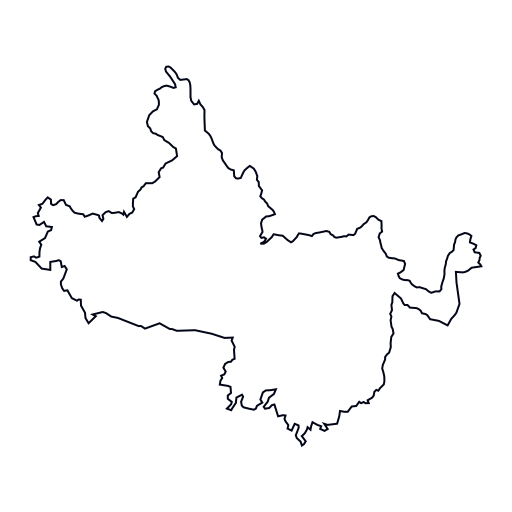 outline of São Luiz Gonzaga, Rio Grande do Sul, Brazil
{"feature_id": "56859067B99298801417178", "entity_name": "São Luiz Gonzaga", "entity_type": "district", "adm_level": 2, "iso_a3": "BRA", "parent_name": "Brazil", "parent_adm1": "Rio Grande do Sul", "projection": "mercator", "projection_center": [-54.867, -28.39], "detail": "fine", "context": "isolated", "style": "outline", "palette": "ink", "viewbox_px": 512, "rotation_deg": 0, "n_neighbors": 0, "source": "geoboundaries", "source_scale": "gbopen_adm2", "svg_char_len": 6025}
<svg xmlns="http://www.w3.org/2000/svg" viewBox="0 0 512 512"><path d="M351.7,406.5L356.2,406.0L359.2,401.8L361.1,403.2L363.6,402.0L365.4,403.2L368.7,403.1L367.6,400.3L372.1,397.7L373.7,395.6L374.4,391.8L376.3,389.9L378.3,390.7L380.1,388.1L383.8,384.4L384.4,381.3L384.3,376.5L383.3,372.0L382.2,368.5L382.8,365.0L385.1,359.5L385.1,357.1L386.9,354.5L389.1,352.7L390.8,347.1L390.6,343.2L391.3,336.9L393.5,333.5L392.7,329.0L391.5,326.7L390.6,320.2L391.4,316.5L390.2,313.9L392.0,310.1L391.4,305.0L392.3,302.4L392.5,296.2L394.6,293.0L401.0,298.5L403.3,303.4L404.6,305.0L407.5,305.0L409.9,307.6L416.5,308.1L418.7,309.1L420.6,310.6L422.0,313.3L425.5,314.0L427.3,315.2L430.1,319.2L438.9,320.9L447.6,325.4L451.3,318.8L454.7,315.1L456.4,312.7L459.5,303.9L456.5,282.5L455.9,271.9L462.8,272.4L465.0,272.0L468.0,270.7L471.7,267.7L481.3,266.3L480.3,264.4L478.3,262.6L479.5,259.9L479.7,257.7L480.7,255.8L479.3,252.9L474.7,252.3L473.5,249.5L475.6,248.1L476.3,245.2L473.3,243.7L469.9,242.4L470.3,239.5L471.4,236.0L469.7,234.6L467.5,233.5L464.6,233.0L461.5,234.3L458.4,235.4L456.5,237.3L455.5,239.4L455.0,242.4L454.1,244.4L453.6,250.0L452.1,251.6L449.7,253.1L447.9,255.9L447.0,259.0L446.0,261.4L445.9,263.7L444.6,268.6L444.4,271.5L444.5,274.0L444.1,276.6L443.7,278.7L442.6,281.7L441.2,286.7L441.4,289.1L439.6,291.4L435.5,291.4L431.3,292.8L428.6,291.4L426.0,289.2L419.6,287.2L416.7,287.4L414.4,286.2L412.0,284.4L410.7,282.7L409.7,280.8L407.5,280.1L405.0,280.1L402.3,279.5L399.7,278.1L398.5,275.7L397.9,273.6L400.5,272.4L403.6,270.0L405.1,263.9L403.9,261.0L398.8,260.1L394.7,258.4L392.7,258.3L388.6,257.7L386.8,256.4L385.8,253.8L383.7,251.1L381.7,248.1L381.1,245.2L380.5,243.1L379.9,240.0L378.6,237.3L379.7,233.5L382.1,231.6L381.5,228.4L381.6,225.0L381.4,221.1L378.4,219.7L375.9,217.2L373.6,216.0L371.2,216.3L369.4,217.4L367.9,220.2L366.4,222.3L363.6,224.2L361.7,226.4L359.9,227.8L357.2,228.8L355.1,233.8L353.5,235.1L348.7,234.6L346.4,236.4L343.9,236.2L341.9,236.8L336.2,237.7L334.4,237.0L333.1,235.4L330.7,234.2L329.3,231.9L326.4,231.0L318.9,232.6L316.0,233.0L313.5,234.0L311.9,236.1L308.9,235.1L301.0,233.6L299.0,233.4L297.8,235.1L296.7,237.1L292.8,241.3L291.0,242.3L287.5,240.0L282.7,235.7L278.2,235.2L275.7,234.6L273.6,234.3L271.8,237.1L266.6,242.0L263.8,243.7L260.4,243.7L264.3,241.6L266.0,238.7L264.0,237.3L261.4,237.9L260.0,236.1L262.5,232.0L262.2,229.8L261.6,227.5L261.0,223.4L262.2,219.6L264.3,218.0L266.0,216.5L269.2,216.2L274.9,214.2L273.9,211.7L272.6,209.9L268.2,206.2L267.1,203.5L265.1,201.5L264.0,199.6L261.9,198.2L260.3,196.3L261.2,193.9L262.1,190.4L258.9,186.0L258.7,182.0L256.9,179.8L257.3,176.1L255.7,171.7L253.8,168.6L249.8,165.9L247.0,168.1L244.7,170.2L243.3,172.4L240.8,177.9L237.9,178.6L235.8,178.2L234.2,176.1L233.8,170.3L230.9,169.6L228.2,168.0L225.9,164.8L224.6,162.8L222.9,160.5L221.7,157.2L222.0,153.0L220.5,150.6L218.2,149.3L215.8,146.9L214.3,145.2L213.3,143.2L211.7,138.8L210.5,136.2L208.8,133.8L204.9,130.5L204.4,117.6L204.5,110.0L202.9,107.2L200.3,104.2L198.8,100.8L197.1,103.9L194.1,104.4L191.3,100.9L190.5,97.2L190.5,89.3L190.3,85.3L189.7,82.3L188.5,80.2L186.8,79.1L180.3,79.9L177.9,77.8L176.9,75.0L175.8,73.1L174.5,71.5L170.5,67.5L168.6,66.5L166.2,66.8L165.2,68.8L166.0,71.6L170.1,76.6L173.6,81.9L175.1,84.3L175.7,87.3L173.4,87.9L170.2,86.6L166.5,85.6L163.9,86.2L161.5,87.3L159.7,88.8L157.3,89.8L155.0,91.4L154.5,93.6L156.6,95.7L158.6,100.0L158.9,102.2L158.9,104.8L156.9,109.3L153.0,111.3L149.3,115.1L146.9,122.0L147.9,126.1L150.2,128.4L151.2,131.3L153.2,133.2L155.8,133.7L157.4,134.9L162.7,137.0L164.4,140.2L169.1,143.0L173.2,147.0L175.9,148.5L177.1,156.1L172.2,160.3L165.6,163.5L163.1,167.6L161.1,168.3L158.7,172.2L159.6,177.1L155.2,181.4L152.3,183.2L145.9,183.2L143.4,186.4L141.6,187.3L140.6,189.4L138.0,191.8L135.6,197.3L133.2,198.7L132.9,203.6L132.9,206.5L134.2,209.1L132.3,212.5L129.4,213.9L126.9,216.9L124.0,211.8L123.3,214.6L121.6,213.3L118.8,212.1L114.1,212.9L111.7,213.0L108.7,211.1L105.6,212.2L102.5,215.2L103.4,218.9L102.0,221.0L99.4,217.8L99.0,215.5L96.8,214.7L92.7,213.6L87.6,215.8L84.7,216.7L83.3,214.3L77.6,213.5L74.4,212.6L72.3,210.4L70.8,208.3L69.7,206.3L66.0,204.9L63.7,200.1L60.6,200.1L58.2,202.0L56.1,204.2L53.1,205.2L51.1,203.9L50.9,199.6L47.7,197.4L45.4,199.9L42.4,203.8L38.9,205.0L40.9,207.6L37.8,213.1L38.7,215.9L36.0,216.2L33.5,217.1L36.6,224.5L39.4,225.0L44.0,221.9L46.2,226.3L51.9,227.0L51.1,230.1L47.8,231.6L45.0,238.1L39.2,241.7L41.3,244.7L40.1,248.1L39.5,251.7L39.4,256.6L36.2,257.7L34.0,256.4L30.7,257.2L30.7,260.2L35.4,261.9L41.7,268.6L50.3,269.9L50.3,261.9L56.2,261.0L58.7,260.2L60.7,261.2L61.8,267.0L64.6,266.0L66.8,269.3L63.3,278.6L60.9,281.6L60.9,284.2L62.1,288.1L64.1,290.9L67.4,290.3L71.8,298.1L77.0,300.7L78.7,299.5L80.8,299.7L81.0,305.6L85.0,312.7L85.5,318.1L88.6,323.2L95.8,316.2L92.7,314.5L102.7,312.0L106.0,313.1L111.3,316.6L117.8,317.9L138.7,326.1L141.0,326.0L145.0,328.6L159.6,323.3L169.8,329.0L172.2,329.1L176.9,330.8L195.0,330.2L211.5,333.7L224.5,337.9L232.7,337.6L231.6,340.6L234.7,346.8L234.0,349.8L234.6,358.8L232.3,359.8L231.0,361.7L228.2,362.0L225.1,363.9L223.4,367.7L225.7,371.6L224.3,374.4L221.1,375.7L222.2,378.1L220.5,380.6L219.8,384.6L228.0,385.9L230.5,386.9L231.0,393.0L227.8,395.5L227.8,398.8L231.8,401.9L231.1,404.3L226.9,408.6L231.2,410.2L232.7,407.6L235.9,402.9L236.4,397.6L242.0,394.7L243.1,396.7L241.1,401.8L241.8,405.6L243.5,407.3L249.0,408.7L253.9,409.7L255.9,408.6L256.9,405.9L262.3,402.6L260.4,399.5L262.9,392.4L265.9,390.4L270.4,390.2L275.9,389.3L273.9,394.0L269.0,397.7L267.7,401.7L263.7,406.8L265.0,408.7L269.2,408.0L272.0,405.1L274.4,404.5L278.1,416.3L283.0,415.2L285.5,415.5L284.5,418.9L285.5,421.3L288.3,425.1L287.6,428.6L291.6,430.6L294.7,423.8L298.5,425.4L298.7,427.7L295.8,435.3L296.8,438.1L300.6,441.6L301.9,445.5L304.0,444.1L305.7,441.3L301.8,436.1L304.8,433.3L306.9,429.6L307.6,427.2L310.5,429.7L311.0,426.6L312.5,422.2L317.6,425.0L321.2,426.2L320.2,428.9L324.5,430.9L327.7,429.0L324.2,423.8L327.6,424.9L337.1,423.7L339.3,416.1L340.0,411.0L344.5,411.8L347.7,411.8L351.7,406.5Z" fill="none" stroke="#020617" stroke-width="2"/></svg>